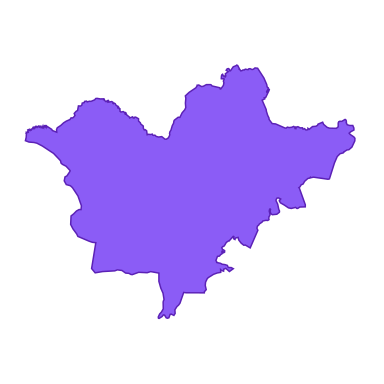 South Tongu, Volta, Ghana, rotated 268°
{"feature_id": "2480657B92948775681515", "entity_name": "South Tongu", "entity_type": "district", "adm_level": 2, "iso_a3": "GHA", "parent_name": "Ghana", "parent_adm1": "Volta", "projection": "orthographic", "projection_center": [0.674, 5.965], "detail": "fine", "context": "isolated", "style": "filled", "palette": "violet", "viewbox_px": 384, "rotation_deg": 268, "n_neighbors": 0, "source": "geoboundaries", "source_scale": "gbopen_adm2", "svg_char_len": 6025}
<svg xmlns="http://www.w3.org/2000/svg" viewBox="0 0 384 384"><g transform="rotate(268 192 192)"><path d="M231.3,353.4L237.4,356.5L240.0,356.7L241.4,355.7L244.1,352.0L245.3,351.1L246.6,352.7L248.3,356.0L250.3,356.0L252.9,355.0L253.0,351.8L253.8,349.5L255.9,348.5L256.4,348.8L258.0,348.6L258.9,348.1L259.2,347.5L257.4,344.2L257.5,342.1L257.1,341.1L255.8,340.5L252.1,340.4L250.6,338.5L251.0,331.6L251.9,329.3L255.0,325.9L257.2,325.0L255.4,320.3L254.3,319.8L253.4,318.2L253.2,314.7L250.6,311.4L251.6,310.1L250.3,310.0L250.0,308.7L250.1,307.9L251.4,306.7L251.0,305.8L251.1,305.0L252.3,304.7L252.3,302.4L253.6,300.1L253.2,299.1L253.4,298.2L251.7,298.1L251.8,297.2L253.1,296.9L254.0,296.0L253.2,293.8L253.0,291.4L253.5,289.5L252.7,288.6L252.6,287.4L257.1,278.0L257.6,274.5L261.8,271.6L263.3,271.5L266.0,270.3L270.0,269.2L271.9,269.0L281.3,265.3L282.6,268.0L283.6,267.5L284.0,269.0L290.7,272.5L292.4,273.0L290.6,271.3L289.1,270.8L289.0,270.3L289.8,270.1L292.1,271.6L293.5,271.8L294.3,270.8L296.9,270.4L303.5,267.8L313.4,261.9L313.8,259.3L312.5,257.5L312.3,256.3L313.2,254.4L313.2,253.2L312.3,252.3L312.9,249.5L312.1,248.5L312.2,247.2L311.5,246.1L311.4,244.9L312.8,244.1L313.0,243.5L313.7,243.6L316.8,242.1L317.3,241.2L316.7,240.4L315.7,237.6L311.8,234.7L311.9,234.0L313.6,233.4L314.1,232.7L313.9,231.5L312.5,230.4L311.0,232.4L308.9,229.4L306.9,229.8L305.9,229.4L306.1,228.7L306.9,228.2L306.8,227.4L308.6,226.7L308.2,226.0L307.0,225.5L304.2,225.2L304.0,226.3L304.4,227.7L303.7,228.1L301.7,227.2L300.1,227.7L297.5,227.1L294.0,224.4L294.0,223.8L295.2,223.5L297.3,215.7L298.3,215.0L298.7,214.1L298.8,210.1L297.2,206.8L297.1,205.1L298.7,202.5L298.5,200.8L297.9,200.8L296.0,199.5L291.7,192.6L288.3,188.7L285.9,189.1L281.1,188.5L276.5,188.7L274.4,187.6L271.5,184.9L267.0,182.5L267.2,180.8L264.5,177.0L263.6,176.4L261.4,176.0L259.0,174.6L254.5,173.1L252.9,172.0L251.3,171.6L250.0,171.8L248.7,171.3L246.9,170.2L245.7,168.3L245.7,166.9L248.4,163.7L248.1,160.5L248.8,158.2L250.1,156.9L249.9,155.6L250.3,154.7L251.2,154.4L250.9,152.6L251.2,150.5L250.8,149.2L254.8,148.8L255.9,147.4L255.7,146.5L257.4,145.6L259.6,145.6L261.8,143.1L263.0,142.8L264.7,141.1L267.1,141.1L268.8,138.3L268.7,137.2L267.9,136.7L268.1,135.8L269.2,135.3L268.2,132.3L269.1,132.0L271.4,129.4L271.9,129.2L272.0,128.2L272.4,127.8L273.2,128.8L273.8,128.2L273.9,127.2L274.8,126.1L274.4,123.8L275.3,122.8L276.4,123.0L277.1,122.6L277.6,122.9L278.1,122.1L278.8,121.9L278.6,120.9L279.4,120.7L280.1,121.2L281.1,119.3L283.0,118.3L283.6,117.2L283.0,116.5L283.2,116.1L284.4,116.1L285.2,115.0L284.7,111.4L286.0,111.9L286.5,111.5L286.2,110.6L285.3,110.7L285.7,109.7L285.3,109.2L286.6,107.8L287.7,107.6L287.5,106.8L288.2,106.8L288.2,103.8L288.9,100.4L288.8,99.1L287.5,97.9L286.1,94.2L286.3,92.7L285.7,90.4L286.5,89.8L286.3,87.8L285.1,87.4L284.7,85.4L282.6,84.9L281.8,83.7L282.0,81.5L277.5,80.5L276.6,78.9L274.6,77.0L272.5,77.7L270.9,76.3L270.2,75.3L270.3,73.7L268.7,72.6L267.2,68.8L265.6,66.1L263.1,63.2L260.9,59.6L259.1,58.8L256.5,58.9L258.3,54.6L259.5,54.0L262.7,49.4L262.0,49.3L262.0,48.7L263.0,49.0L263.5,48.6L263.5,48.3L261.8,48.2L263.0,47.4L262.3,46.8L263.2,46.6L262.6,45.8L261.5,45.8L262.1,45.3L262.9,45.2L261.4,44.5L262.1,43.9L261.7,43.4L262.4,43.1L263.0,43.3L263.1,42.5L262.1,41.8L262.4,41.3L263.2,41.3L263.3,40.8L261.9,39.4L262.2,39.1L262.6,39.4L263.2,38.4L262.5,37.4L261.7,37.6L261.4,36.9L262.3,36.9L261.8,36.1L262.3,35.6L261.3,34.9L260.8,35.5L260.8,34.3L259.6,33.6L260.0,33.0L259.4,32.6L260.0,32.2L259.3,32.0L260.1,30.7L259.8,30.1L258.8,30.6L258.5,30.0L257.3,30.4L257.0,28.8L257.5,29.2L257.5,28.4L256.7,28.6L252.4,28.2L249.1,27.3L247.6,30.8L247.0,35.8L246.2,38.7L243.2,44.0L235.4,55.0L227.8,61.7L225.5,62.1L224.2,63.4L222.2,67.0L217.7,70.9L216.8,70.7L212.5,67.6L211.5,65.6L207.6,64.7L203.8,66.6L202.5,70.7L200.5,72.7L192.0,77.9L182.1,81.0L178.3,80.5L178.4,78.5L177.0,75.8L174.2,72.9L172.3,70.3L163.8,69.6L159.2,71.8L154.1,75.3L151.6,76.4L146.4,87.5L145.2,90.7L144.7,94.1L119.0,89.0L114.6,92.4L115.6,99.9L115.9,112.1L116.8,114.7L116.0,119.3L113.3,122.8L112.9,126.1L111.7,128.1L111.5,129.4L113.6,135.9L112.9,144.4L113.9,147.9L112.1,156.1L103.8,155.8L96.9,157.5L91.9,159.5L85.5,160.3L83.9,159.5L82.8,159.3L76.2,159.2L73.0,157.2L71.2,155.4L68.2,153.9L67.0,154.1L66.8,154.7L68.6,157.8L70.2,159.1L69.9,160.3L67.2,161.8L66.7,163.0L67.1,164.5L70.5,165.9L70.7,166.9L69.3,169.6L71.2,170.9L74.9,170.8L78.1,173.0L79.4,174.6L81.3,176.1L91.9,180.2L91.5,182.5L90.8,200.8L91.9,200.9L93.9,202.8L98.1,202.0L101.4,202.4L104.7,204.1L105.9,205.3L109.0,210.7L110.2,214.4L110.7,217.9L113.4,217.9L112.6,218.7L111.8,220.8L113.7,221.0L114.5,223.1L111.2,226.6L113.9,230.6L115.1,228.6L115.3,226.0L115.7,225.4L117.4,224.8L118.3,222.4L118.8,219.5L119.7,218.1L120.7,214.2L121.4,214.3L122.7,213.5L126.8,215.2L127.0,217.2L128.4,218.4L129.2,219.8L129.8,220.3L130.4,219.8L130.9,220.1L131.5,219.9L131.4,220.6L130.2,221.5L130.7,222.4L131.4,222.2L131.9,222.7L133.1,221.6L133.0,220.7L135.3,219.8L136.4,220.8L136.5,221.7L137.2,222.5L140.5,224.6L142.1,227.3L141.9,227.5L146.1,231.5L146.2,232.0L145.7,232.4L144.7,231.8L143.4,232.4L143.0,233.3L144.0,233.5L144.6,234.2L145.0,236.5L142.3,237.1L139.1,239.4L137.0,241.9L137.1,243.5L134.1,248.2L151.5,256.5L153.5,255.6L155.6,256.2L156.7,257.6L157.7,258.2L159.4,260.9L160.6,261.9L161.1,264.9L160.9,266.7L161.7,268.0L162.9,267.8L164.7,268.1L165.7,268.9L166.9,269.2L170.2,268.5L172.2,269.0L172.3,269.6L171.9,269.9L170.2,269.4L167.7,269.9L166.5,271.5L166.8,276.0L168.7,278.6L169.9,278.8L171.7,278.1L176.9,277.2L180.3,275.7L181.5,275.8L182.9,276.7L183.1,278.1L182.0,280.4L181.3,280.2L180.8,279.1L180.2,278.9L178.1,280.0L175.6,284.0L172.8,287.8L172.1,290.6L173.0,295.0L172.0,296.1L171.9,297.1L173.2,299.2L173.2,304.7L175.3,304.8L192.2,299.4L192.6,299.0L193.3,300.0L195.4,301.4L196.1,303.3L198.7,304.9L201.5,308.3L201.9,310.8L202.0,310.2L202.6,310.8L202.1,311.1L202.6,313.9L200.0,328.4L200.3,329.8L216.1,335.4L222.4,338.4L225.1,341.3L225.8,344.5L226.7,345.4L226.8,344.7L227.1,345.8L228.6,348.3L228.8,350.3L231.3,353.4Z" fill="#8b5cf6" stroke="#5b21b6" stroke-width="1.5"/></g></svg>